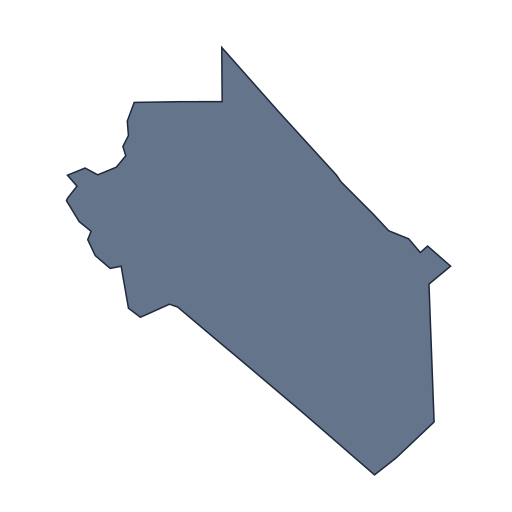 Belknap, New Hampshire, United States of America, rotated 7°
{"feature_id": "52423323B67114126748544", "entity_name": "Belknap", "entity_type": "district", "adm_level": 2, "iso_a3": "USA", "parent_name": "United States of America", "parent_adm1": "New Hampshire", "projection": "robinson", "projection_center": [-71.508, 43.523], "detail": "fine", "context": "isolated", "style": "filled", "palette": "slate", "viewbox_px": 512, "rotation_deg": 7, "n_neighbors": 0, "source": "geoboundaries", "source_scale": "gbopen_adm2", "svg_char_len": 673}
<svg xmlns="http://www.w3.org/2000/svg" viewBox="0 0 512 512"><g transform="rotate(7 256 256)"><path d="M61.9,221.6L61.1,224.2L76.4,243.5L89.3,251.6L87.0,260.3L96.4,275.2L112.8,286.1L123.4,282.6L135.8,323.4L148.7,330.9L176.0,314.4L184.4,316.2L238.0,351.2L249.4,358.5L322.3,406.3L400.3,458.8L419.8,439.2L453.0,399.0L431.1,262.8L450.4,242.4L425.1,225.2L418.6,232.5L405.5,220.4L384.7,214.8L367.2,200.1L331.4,172.1L325.9,165.8L325.5,165.5L259.7,109.0L196.6,53.2L203.6,106.9L162.4,112.0L116.4,118.4L111.8,137.8L114.7,152.0L110.5,163.5L114.5,172.4L106.5,184.9L89.0,194.7L75.6,189.5L59.0,198.8L69.8,208.5L61.9,221.6Z" fill="#64748b" stroke="#1e293b" stroke-width="1.5"/></g></svg>